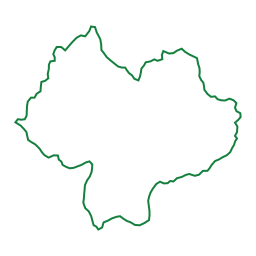 Fortaleza de Minas, Minas Gerais, Brazil
{"feature_id": "56859067B97541071314937", "entity_name": "Fortaleza de Minas", "entity_type": "district", "adm_level": 2, "iso_a3": "BRA", "parent_name": "Brazil", "parent_adm1": "Minas Gerais", "projection": "mercator", "projection_center": [-46.773, -20.89], "detail": "fine", "context": "isolated", "style": "outline", "palette": "green", "viewbox_px": 256, "rotation_deg": 0, "n_neighbors": 0, "source": "geoboundaries", "source_scale": "gbopen_adm2", "svg_char_len": 2169}
<svg xmlns="http://www.w3.org/2000/svg" viewBox="0 0 256 256"><path d="M154.3,59.4L150.4,61.4L145.7,62.3L144.1,65.3L141.4,68.6L140.9,72.4L139.8,77.0L138.4,80.4L134.4,78.8L131.9,75.2L129.1,73.2L127.1,70.6L125.2,67.6L121.4,67.5L118.1,66.5L115.0,64.0L110.5,60.4L106.7,57.1L104.0,53.3L101.4,50.0L101.2,44.5L100.3,39.3L98.6,35.9L96.8,32.6L95.0,27.1L91.1,26.5L89.3,31.1L85.2,36.3L80.9,35.4L76.8,37.6L72.5,41.9L68.8,46.1L65.2,50.4L61.2,47.0L56.7,47.0L54.5,50.7L53.3,54.2L54.7,57.2L54.7,60.8L50.4,61.4L48.9,64.7L48.8,69.1L47.7,74.1L48.3,78.3L45.0,80.9L41.4,81.9L40.9,86.0L40.5,91.3L36.7,93.7L34.5,97.7L30.9,97.7L27.8,101.6L27.0,106.1L26.8,111.2L26.6,115.8L24.7,119.3L21.1,119.7L17.9,119.2L15.4,122.3L20.7,125.6L24.0,129.1L26.4,132.0L27.1,135.4L28.1,139.9L31.5,142.2L34.7,144.0L37.5,146.5L39.8,149.0L41.9,152.2L44.4,155.1L48.6,157.6L53.8,155.3L57.9,155.5L58.8,159.6L61.4,161.6L62.6,164.9L66.0,166.8L69.7,168.3L73.8,167.8L77.1,166.5L81.5,164.9L85.7,162.5L89.5,161.4L92.3,164.4L92.1,168.3L91.6,171.9L89.8,176.5L87.2,180.2L85.0,185.0L84.3,192.6L83.9,198.3L83.3,202.7L85.2,208.1L88.8,211.4L91.2,216.2L92.5,221.2L93.6,225.1L96.4,226.7L98.3,229.5L102.1,227.5L103.6,222.4L108.0,220.6L111.7,218.5L116.5,216.8L120.0,216.2L123.8,219.0L127.1,221.1L130.2,222.1L134.9,224.9L139.6,225.3L144.3,223.1L149.0,220.1L149.5,215.7L149.5,211.1L148.8,205.9L148.2,200.8L149.0,197.0L150.4,192.9L152.8,188.7L156.4,183.9L160.0,181.7L163.8,183.4L167.6,183.2L170.2,181.0L173.4,181.5L177.0,178.2L181.7,177.0L185.8,174.9L189.3,174.0L194.8,175.8L199.0,174.7L202.9,170.9L207.5,170.8L209.7,168.1L211.7,164.9L215.1,161.0L219.1,159.4L222.4,157.3L226.7,155.3L230.2,152.2L232.0,148.3L234.1,144.8L235.1,141.3L237.0,138.5L235.0,135.9L237.0,132.1L237.4,126.5L235.0,122.7L238.0,120.1L240.6,117.1L240.3,113.2L236.5,111.2L235.0,107.7L236.4,103.1L233.5,100.2L229.5,98.7L225.0,100.5L221.4,100.3L217.7,99.3L215.0,96.4L211.0,96.8L207.4,93.9L204.4,89.8L204.0,86.2L203.3,82.6L201.2,80.1L199.3,76.2L199.7,72.1L199.5,68.2L198.1,64.0L197.0,58.1L193.8,56.6L189.5,54.6L185.0,51.8L181.7,48.7L176.9,50.7L173.4,53.1L169.0,53.5L163.3,51.1L161.9,55.0L162.3,59.2L157.6,60.8L154.3,59.4Z" fill="none" stroke="#15803d" stroke-width="2"/></svg>